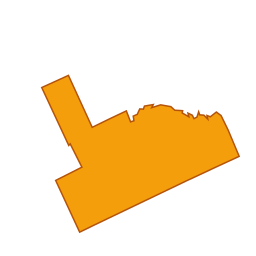 Jackson, Arkansas, United States of America (Natural Earth projection), rotated 64°
{"feature_id": "52423323B15986189273737", "entity_name": "Jackson", "entity_type": "district", "adm_level": 2, "iso_a3": "USA", "parent_name": "United States of America", "parent_adm1": "Arkansas", "projection": "natural_earth1", "projection_center": [-91.26, 35.622], "detail": "fine", "context": "isolated", "style": "filled", "palette": "amber", "viewbox_px": 256, "rotation_deg": 64, "n_neighbors": 0, "source": "geoboundaries", "source_scale": "gbopen_adm2", "svg_char_len": 672}
<svg xmlns="http://www.w3.org/2000/svg" viewBox="0 0 256 256"><g transform="rotate(64 128 128)"><path d="M200.5,187.0L201.1,99.3L201.6,70.0L202.2,40.5L173.7,38.9L157.6,38.9L152.4,41.6L154.0,49.1L151.4,51.5L154.9,52.4L149.7,54.2L147.6,57.8L144.4,57.4L148.4,61.2L148.5,64.6L144.7,64.6L140.9,67.6L144.6,68.4L138.2,72.7L136.4,71.3L132.5,78.2L127.6,80.1L121.5,88.5L120.1,97.8L118.0,95.0L115.5,103.6L117.8,105.9L116.0,109.1L119.8,113.7L119.6,118.1L124.1,119.5L123.6,123.0L111.9,122.0L111.7,139.5L111.7,159.9L54.6,158.5L53.8,187.8L117.7,188.9L116.9,186.9L143.0,186.6L143.4,216.0L200.4,217.1L200.4,202.5L200.5,187.0Z" fill="#f59e0b" stroke="#b45309" stroke-width="1.5"/></g></svg>